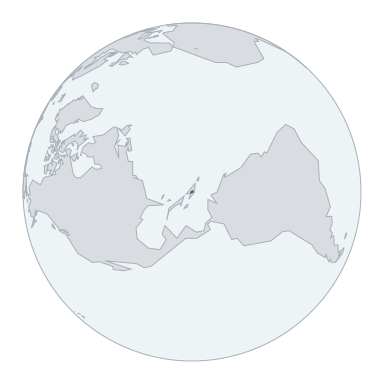 globe centered on Independencia, rotated 294°
{"feature_id": "DOM-1971", "entity_name": "Independencia", "entity_type": "Province", "adm_level": 1, "iso_a3": "DOM", "parent_name": "Dominican Republic", "parent_adm1": "", "projection": "orthographic", "projection_center": [-71.641, 18.41], "detail": "fine", "context": "on_globe", "style": "filled", "palette": "teal", "viewbox_px": 384, "rotation_deg": 294, "n_neighbors": 0, "source": "natural_earth", "source_scale": "10m", "svg_char_len": 9324}
<svg xmlns="http://www.w3.org/2000/svg" viewBox="0 0 384 384"><g transform="rotate(294 192 192)"><circle cx="192" cy="192" r="169" fill="#eef3f6" stroke="#a8b0b8"/><path d="M173.0,221.3L169.0,219.3L165.1,224.1L151.7,215.3L147.1,205.1L107.3,184.7L103.5,179.0L104.0,170.5L93.8,140.6L96.8,167.6L92.3,161.7L89.2,151.7L91.7,149.9L90.7,135.8L87.1,129.8L89.4,112.9L102.0,93.9L102.7,97.5L105.6,92.9L104.9,88.4L103.7,86.7L112.9,68.9L112.4,58.5L106.7,59.1L112.3,56.3L97.7,60.8L93.8,59.9L101.6,58.6L105.1,56.9L104.2,54.9L107.5,52.8L109.0,50.8L113.1,48.6L117.3,48.6L120.0,47.3L119.2,46.0L122.8,43.4L123.6,45.4L129.9,41.2L138.2,41.6L136.9,50.6L144.9,50.7L152.7,60.4L155.4,58.3L160.1,61.3L164.9,60.3L165.0,62.9L168.8,59.9L167.8,57.8L169.2,55.9L172.0,55.2L172.5,58.2L171.2,59.0L172.8,59.5L171.9,61.4L173.9,60.1L174.3,64.1L178.1,59.3L181.8,61.8L180.9,64.8L175.6,65.5L160.4,75.9L157.9,80.0L159.6,84.5L174.2,90.4L173.6,94.9L176.8,100.1L179.6,96.9L178.1,91.8L184.0,87.6L181.5,82.3L183.6,80.0L183.2,74.7L189.0,74.5L194.9,77.5L195.6,82.1L198.2,83.8L202.3,78.9L208.0,87.7L219.7,94.2L220.5,96.9L213.7,102.2L201.9,102.8L193.1,111.6L204.7,105.2L206.6,112.8L209.4,114.0L212.7,113.5L214.2,110.4L216.1,113.2L205.4,120.0L203.5,117.6L206.9,115.3L201.4,115.9L194.1,121.4L195.7,125.3L183.2,131.1L184.1,134.2L181.9,137.4L181.2,132.0L182.2,142.1L167.7,153.3L168.8,171.4L161.4,157.2L154.9,155.4L147.0,155.3L147.0,158.3L136.5,155.4L126.9,161.0L123.0,175.0L126.3,186.3L137.9,187.7L141.6,181.8L150.2,181.0L143.7,197.1L158.8,200.2L157.1,212.3L161.4,218.7L169.0,217.3L176.9,220.5L182.6,213.5L191.7,209.6L191.8,219.4L196.9,210.4L202.0,215.0L220.1,213.9L218.8,216.2L234.1,226.7L250.5,230.2L254.4,236.7L252.4,241.2L258.1,241.8L258.2,244.6L280.6,245.4L291.8,250.0L291.3,259.4L281.6,271.8L272.0,294.5L254.3,303.7L249.3,312.1L234.7,324.5L224.1,324.5L226.6,329.5L220.3,332.9L213.3,333.5L211.7,337.0L206.5,337.3L209.7,339.3L201.0,343.7L203.1,346.8L196.7,349.9L198.3,351.5L195.9,351.4L193.4,352.0L193.1,352.9L186.0,351.4L184.3,347.5L187.0,345.5L183.9,345.1L189.7,339.5L186.2,340.6L187.4,331.3L192.5,323.0L196.1,296.4L192.5,290.8L179.5,284.0L164.0,261.4L168.1,252.2L164.7,247.6L175.9,234.2L173.0,221.3ZM33.0,145.3L34.3,141.5L33.9,144.4L33.0,145.3ZM34.9,138.9L34.5,140.2L34.8,139.0L34.9,138.9ZM35.0,137.8L34.9,138.6L34.8,138.0L35.0,137.8ZM34.9,136.8L35.0,137.2L34.9,137.3L34.9,136.8ZM167.7,177.6L185.0,186.4L175.1,187.5L177.0,185.9L172.6,182.2L164.5,178.8L155.8,180.4L167.7,177.6ZM35.3,134.1L35.5,133.4L35.3,134.1ZM175.7,167.7L172.7,167.0L175.7,167.0L175.7,167.7ZM102.7,86.3L104.6,88.6L104.0,93.7L102.0,92.0L102.7,86.3ZM104.3,77.5L106.1,77.7L102.7,81.9L102.7,80.5L104.3,77.5ZM101.8,60.3L102.7,61.4L100.7,61.2L101.8,60.3ZM108.5,50.9L107.2,51.4L108.5,50.2L108.5,50.9ZM180.0,75.2L181.5,74.9L180.8,76.0L180.0,75.2ZM178.3,73.2L176.4,74.7L175.3,74.0L176.5,73.1L178.3,73.2ZM116.0,45.9L118.5,44.0L116.7,45.8L116.0,45.9ZM181.0,71.6L173.6,72.6L171.8,71.4L174.9,67.1L181.0,71.6ZM120.5,43.0L126.6,39.1L124.2,39.6L134.4,36.3L125.8,40.5L123.9,42.5L123.0,42.0L120.5,43.0ZM166.3,57.4L167.5,59.6L163.9,58.5L166.3,57.4ZM163.7,57.2L150.9,57.4L150.6,54.2L154.9,54.6L152.4,51.3L158.6,49.5L161.3,51.0L160.3,53.3L163.4,51.0L163.7,57.2ZM139.1,35.4L141.2,34.6L139.8,35.5L139.1,35.4ZM169.5,55.0L166.9,55.2L166.4,52.4L171.5,51.5L170.0,52.7L169.5,55.0ZM148.8,51.4L149.3,49.3L154.4,47.3L155.3,46.3L158.7,49.3L148.8,51.4ZM171.5,53.0L174.1,51.2L176.8,52.0L171.9,54.7L171.5,53.0ZM164.2,52.0L164.2,50.7L165.8,51.1L164.2,52.0ZM188.0,54.5L184.9,54.5L184.4,52.9L188.0,54.5ZM174.8,50.5L173.9,50.3L173.3,49.8L175.5,48.8L174.8,50.5ZM162.1,47.8L164.1,47.5L161.0,46.4L164.7,45.1L166.2,47.4L167.1,45.9L168.3,45.5L168.3,47.9L162.1,47.8ZM176.1,46.4L179.3,49.4L185.1,49.6L185.7,50.9L176.3,50.3L176.1,46.4ZM171.5,47.0L174.5,46.9L173.7,48.4L171.2,49.5L171.5,47.0ZM166.6,43.5L160.5,44.9L160.4,44.4L166.6,43.5ZM177.9,46.2L177.1,45.5L178.4,46.0L177.9,46.2ZM170.3,43.9L168.1,44.4L168.0,43.8L170.3,43.9ZM177.2,43.9L178.2,44.7L176.6,45.4L177.2,43.9ZM174.1,43.6L174.5,42.7L175.4,45.1L173.2,43.9L174.1,43.6ZM170.5,43.3L169.8,43.1L171.4,43.2L170.5,43.3ZM182.9,41.1L184.3,44.0L180.7,45.4L179.8,42.3L182.9,41.1ZM197.8,354.4L186.6,351.9L192.9,353.1L197.4,351.8L203.2,353.5L197.8,354.4ZM210.9,350.5L216.0,349.4L217.2,349.8L214.0,350.6L210.9,350.5ZM323.2,85.5L325.8,89.4L321.2,84.5L313.2,74.3L311.9,73.0L323.2,85.5ZM305.3,66.6L304.9,66.4L299.2,61.4L303.9,65.6L305.4,66.8L308.4,69.7L307.2,68.9L305.2,67.0L305.4,67.7L314.8,77.2L317.3,79.4L320.6,85.4L325.1,89.9L327.6,93.8L320.9,87.7L318.1,84.5L309.4,80.6L312.7,84.3L321.1,88.5L320.5,89.1L325.1,95.0L321.2,90.9L311.1,86.2L311.1,92.8L318.9,111.2L317.2,115.3L312.2,115.4L301.3,100.8L306.4,93.6L302.6,89.1L294.7,85.3L296.9,83.7L294.3,81.5L295.6,79.0L290.6,71.4L290.8,68.7L282.4,62.3L281.4,60.3L286.7,64.5L290.5,66.3L290.3,60.9L288.3,58.8L282.9,55.3L283.5,54.6L278.2,51.9L274.9,48.1L274.5,50.8L268.1,47.6L262.6,43.8L260.4,43.4L269.4,49.7L273.0,51.9L276.3,52.9L286.1,60.2L287.6,63.0L277.0,57.7L277.9,61.3L269.2,56.3L250.3,41.3L245.7,37.3L251.8,36.0L256.6,38.1L256.8,39.4L262.6,40.6L259.2,39.3L259.7,39.0L253.7,36.4L253.8,36.1L247.9,34.5L247.3,33.9L251.1,34.9L241.7,31.3L238.8,30.0L236.6,29.4L235.1,29.2L232.4,28.0L230.9,27.6L231.2,27.8L228.5,27.4L222.6,26.5L222.0,26.1L224.0,26.4L227.4,26.8L229.1,27.2L241.1,30.3L252.8,34.4L264.2,39.2L275.2,44.9L285.7,51.4L295.8,58.7L305.3,66.6ZM226.6,26.6L223.0,26.2L219.7,25.7L220.9,25.7L220.2,25.6L218.3,25.3L215.9,24.8L214.2,24.9L194.5,24.0L187.8,23.6L191.2,23.2L176.7,23.9L170.3,24.4L170.7,24.5L164.0,25.5L165.9,25.3L165.5,25.5L149.2,29.5L144.9,30.5L138.2,33.3L138.3,33.5L141.2,32.8L134.4,36.3L124.2,39.6L124.3,39.0L117.8,41.9L119.1,40.3L117.2,40.7L122.4,38.1L126.1,36.4L127.3,36.0L126.9,36.1L138.8,31.6L151.0,28.1L163.4,25.5L176.0,23.8L188.7,23.1L201.4,23.3L214.1,24.5L226.6,26.6ZM351.6,247.4L352.7,244.0L356.7,229.7L358.4,220.6L358.6,204.0L358.8,191.3L357.9,187.8L356.5,191.6L354.9,187.4L353.7,188.8L343.0,203.4L337.2,199.4L324.2,181.6L324.3,170.9L319.9,160.9L317.0,116.1L321.3,115.0L324.7,101.3L326.0,101.1L331.1,109.0L337.9,110.6L333.7,102.6L334.6,101.4L334.1,100.5L340.6,111.5L346.2,123.0L351.0,134.8L354.8,146.9L357.8,159.3L359.8,171.9L360.8,184.7L360.9,197.4L360.0,210.1L358.1,222.7L355.3,235.2L351.6,247.4ZM323.8,135.9L325.3,139.0L323.8,135.9ZM220.7,213.7L222.9,215.5L220.0,215.7L220.7,213.7ZM173.6,191.5L177.3,191.8L179.2,193.4L176.4,193.9L173.6,191.5ZM204.7,191.5L208.9,192.3L204.5,193.2L204.7,191.5ZM187.7,187.5L201.3,191.3L192.7,194.4L184.1,192.1L190.1,191.2L187.7,187.5ZM173.9,173.5L176.2,174.3L175.5,176.1L173.9,173.5ZM177.9,167.8L177.0,167.9L175.9,166.4L177.9,167.8ZM207.2,112.4L208.1,112.0L211.5,112.1L209.9,113.4L207.2,112.4ZM226.3,105.5L228.9,110.1L226.0,107.6L224.3,110.0L216.0,108.0L220.5,98.2L219.9,102.8L226.3,105.5ZM206.1,103.3L210.9,105.2L205.5,103.5L206.1,103.3ZM278.9,73.8L281.5,74.0L284.3,76.9L283.9,81.6L279.9,77.3L278.9,73.8ZM284.6,73.7L274.1,67.9L273.9,65.2L275.8,67.6L276.7,66.4L280.0,70.1L290.0,73.7L293.1,76.6L290.8,82.9L289.8,79.0L287.3,78.9L284.6,73.7ZM247.8,62.3L243.3,60.9L248.7,56.6L252.3,58.4L252.2,62.9L247.9,63.4L247.8,62.3ZM188.0,64.4L185.9,65.0L185.7,64.0L187.4,62.7L188.0,64.4ZM186.6,54.6L196.9,61.0L195.0,62.0L203.3,65.2L201.6,69.1L196.3,66.7L201.2,72.4L195.7,71.8L199.6,75.5L188.0,69.9L183.3,70.0L189.2,68.3L190.8,64.7L190.2,63.2L184.7,59.2L175.4,58.1L175.6,54.8L178.2,52.7L180.5,52.5L179.6,54.6L183.2,52.8L183.8,55.7L186.6,54.6ZM208.6,37.2L206.7,38.7L214.0,37.6L214.6,39.7L215.4,39.4L217.9,41.2L222.5,43.0L221.9,44.0L223.9,44.3L225.6,45.6L228.2,46.5L228.1,48.7L231.2,50.0L229.4,50.3L234.8,52.1L230.8,51.8L232.6,53.8L235.5,53.1L229.0,65.0L229.4,71.0L231.9,76.5L224.6,75.8L217.7,70.6L211.9,63.9L212.6,58.5L209.2,59.5L208.5,57.3L211.5,57.5L206.5,56.0L206.7,54.3L201.5,49.8L194.2,49.2L192.2,47.8L195.1,47.2L191.0,46.2L195.2,44.2L193.8,43.2L196.6,40.5L203.2,40.3L201.1,39.2L203.1,37.4L208.6,37.2ZM183.9,40.4L191.6,39.1L195.7,39.8L189.1,44.3L189.8,45.5L185.7,48.9L179.9,48.0L181.6,47.1L181.9,46.0L183.6,46.7L182.4,45.3L184.7,44.0L184.5,42.7L187.0,42.6L183.9,40.4ZM324.2,97.3L324.6,96.6L324.6,94.9L327.4,98.8L324.2,97.3ZM317.6,94.1L317.5,92.8L321.5,97.0L321.0,97.9L317.6,94.1ZM314.0,88.7L317.2,92.4L315.2,90.9L314.0,88.7ZM286.2,63.3L285.7,62.0L287.0,62.7L288.8,64.4L286.2,63.3ZM230.5,36.2L228.8,36.5L227.8,36.1L222.1,35.6L221.2,34.3L224.3,34.1L230.5,36.2ZM328.6,94.4L329.1,94.1L329.4,95.5L328.6,94.4ZM228.6,34.7L226.4,34.6L227.3,34.0L228.6,34.7ZM220.2,33.4L220.8,32.6L220.4,34.1L220.2,33.4ZM217.9,26.6L226.9,28.4L232.8,29.5L235.2,29.5L235.7,30.5L226.6,28.8L217.9,26.6ZM197.5,24.2L195.4,24.6L193.7,24.4L194.0,24.2L197.5,24.2ZM198.1,24.5L200.4,25.4L197.5,25.6L196.3,24.9L198.1,24.5ZM214.9,29.1L217.6,29.6L216.7,30.0L214.9,29.1ZM140.4,34.5L141.2,34.6L139.3,35.1L140.4,34.5ZM166.7,25.4L165.9,25.7L163.8,25.9L166.7,25.4ZM162.6,26.8L165.5,26.2L162.7,26.9L162.6,26.8ZM172.0,25.2L166.8,26.1L171.4,25.0L172.0,25.2Z" fill="#d9dde1" stroke="#a8b0b8" stroke-width="1"/><path d="M191.6,191.2L191.8,191.2L192.1,191.3L192.3,191.3L192.2,191.3L192.1,191.5L192.1,191.8L192.4,191.9L192.5,192.0L192.8,192.0L193.0,192.0L193.1,192.3L192.9,192.3L192.7,192.4L192.8,192.5L192.7,192.7L192.6,192.8L192.5,192.7L192.4,192.7L192.2,192.6L191.8,192.3L191.7,192.2L191.4,192.0L191.2,191.9L191.3,191.8L191.2,191.8L191.0,191.5L191.0,191.4L191.3,191.4L191.5,191.3L191.5,191.2L191.6,191.2Z" fill="#14b8a6" stroke="#0f766e" stroke-width="1.5"/></g></svg>